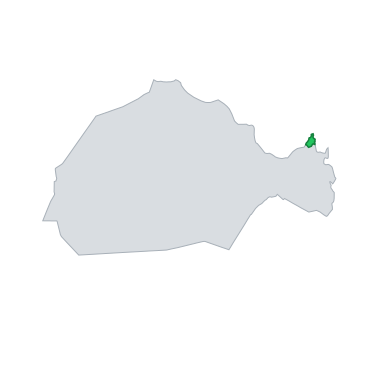 Gaya, Dosso, Niger (highlighted), rotated 212°
{"feature_id": "23599985B94426243670688", "entity_name": "Gaya", "entity_type": "district", "adm_level": 2, "iso_a3": "NER", "parent_name": "Niger", "parent_adm1": "Dosso", "projection": "natural_earth1", "projection_center": [3.47, 12.051], "detail": "fine", "context": "in_parent", "style": "filled", "palette": "green", "viewbox_px": 384, "rotation_deg": 212, "n_neighbors": 0, "source": "geoboundaries", "source_scale": "gbopen_adm2", "svg_char_len": 3740}
<svg xmlns="http://www.w3.org/2000/svg" viewBox="0 0 384 384"><g transform="rotate(212 192 192)"><path d="M283.9,266.9L280.9,267.0L279.3,267.6L277.1,269.4L274.8,270.2L271.9,271.8L270.1,273.1L268.4,274.2L266.0,276.7L265.3,278.6L262.9,279.0L259.6,278.7L257.5,276.7L252.6,274.7L249.4,273.9L248.0,273.6L240.6,273.3L232.6,274.1L228.6,275.0L227.9,275.2L225.6,276.5L223.7,277.8L218.6,284.0L211.8,283.8L207.8,283.2L204.4,282.2L199.6,279.3L193.6,274.8L191.3,274.2L189.3,273.9L188.6,273.9L181.6,278.4L180.2,278.3L178.5,278.8L177.4,279.9L176.6,280.4L175.8,280.5L174.7,280.3L173.6,279.6L172.5,278.4L169.6,273.4L168.9,272.6L167.7,271.1L165.6,268.9L164.2,267.8L163.3,267.5L162.3,267.7L156.6,265.8L150.9,263.7L149.7,264.0L148.8,264.4L146.8,265.9L144.5,266.2L141.6,266.1L140.0,265.9L137.4,266.4L135.7,267.0L133.4,268.0L130.5,270.8L129.6,271.2L128.9,271.6L127.9,279.4L127.1,281.7L125.7,284.7L122.7,287.7L120.7,289.4L120.7,291.8L120.5,295.7L120.5,298.4L120.6,300.1L120.3,301.0L120.1,301.7L120.3,302.9L120.7,303.4L121.0,304.1L120.8,304.7L119.9,305.4L118.8,303.7L117.5,302.4L116.0,301.9L115.0,301.0L114.5,299.7L112.6,297.3L108.1,292.5L107.6,292.4L106.9,292.2L105.6,292.8L104.9,293.6L104.3,293.9L103.5,293.9L101.4,294.5L99.7,295.3L99.6,296.0L100.5,299.6L100.1,301.6L99.3,300.6L96.9,297.0L95.2,294.3L94.9,293.7L94.6,292.7L94.8,292.3L95.5,292.0L97.0,291.7L97.3,291.4L97.4,290.7L97.2,289.3L96.3,287.4L95.4,286.1L94.9,285.9L94.0,285.9L93.0,286.0L91.1,287.6L90.3,287.8L88.3,287.7L86.6,287.4L85.5,286.6L82.4,283.6L78.9,280.4L77.4,279.9L77.1,279.6L76.9,277.2L76.9,274.2L77.1,273.4L78.6,273.9L80.1,274.1L80.6,273.6L79.4,272.5L77.6,271.5L77.0,269.8L76.5,269.3L75.7,268.7L74.8,268.4L73.8,268.0L73.2,267.5L72.2,267.3L71.1,266.9L69.5,264.3L68.0,261.8L67.1,259.8L66.8,258.6L67.3,256.5L66.8,255.7L65.1,253.7L63.7,251.7L64.1,248.7L64.4,246.2L64.4,244.7L64.6,243.8L64.8,242.8L65.7,242.5L68.1,242.5L72.8,242.9L76.6,242.4L76.8,242.3L79.4,239.7L82.3,236.9L86.7,236.6L91.5,236.3L95.2,236.2L100.7,235.9L105.1,235.8L110.1,235.5L110.3,234.3L110.6,233.9L111.1,233.9L114.9,234.6L118.4,235.2L118.6,232.8L121.7,229.8L123.5,229.2L123.9,228.6L124.5,227.6L124.8,226.0L125.0,224.9L125.6,223.9L126.1,222.2L126.7,219.2L128.4,216.0L129.4,211.7L129.6,207.6L129.8,204.4L130.3,203.8L130.3,198.2L130.2,192.5L130.2,187.8L130.2,181.8L130.2,176.6L130.2,171.0L130.1,165.9L130.1,162.6L133.7,161.8L137.3,160.9L142.7,159.7L148.5,158.4L154.8,157.0L156.2,156.1L161.0,151.3L163.1,149.1L167.4,144.7L170.7,141.3L174.8,137.1L179.3,132.8L182.8,129.3L188.3,125.4L196.6,119.6L204.9,113.7L213.3,107.8L221.5,102.0L229.8,96.1L238.1,90.2L246.4,84.3L254.6,78.5L263.0,80.7L271.0,82.8L279.1,85.0L281.0,86.1L285.3,90.3L290.9,95.7L291.1,95.8L291.4,95.8L296.6,92.6L303.3,88.5L305.3,99.6L306.9,109.2L307.1,115.2L307.2,116.8L307.7,117.9L309.0,119.0L314.3,127.8L313.2,129.3L314.0,132.0L315.4,133.2L319.7,138.4L320.3,139.5L320.1,140.3L317.2,146.4L316.8,148.0L316.3,155.8L316.0,161.3L315.6,169.0L315.1,178.1L314.7,185.7L314.1,195.9L313.6,205.5L309.4,210.7L301.9,220.1L295.8,227.7L292.8,232.8L286.9,242.7L284.3,249.2L282.2,252.5L281.1,254.0L282.1,258.7L283.9,266.9Z" fill="#d9dde1" stroke="#a8b0b8" stroke-width="1"/><path d="M113.0,297.4L113.3,298.0L114.7,299.3L114.4,299.9L115.3,301.1L115.4,301.7L115.6,302.0L116.8,301.9L117.0,302.0L117.5,302.0L118.1,302.3L118.8,303.1L118.9,303.8L119.3,303.9L119.4,304.1L119.1,304.5L119.3,304.8L119.8,305.0L120.2,305.5L121.3,304.2L121.3,303.8L120.5,302.7L120.4,302.5L120.4,300.9L121.3,300.1L121.3,299.5L120.8,298.8L120.6,297.4L120.7,295.4L121.0,294.5L120.8,292.6L120.3,292.3L119.9,292.6L118.4,292.2L117.9,291.9L116.7,291.7L115.8,293.0L115.0,294.1L115.1,294.9L115.1,295.6L115.0,296.2L115.0,296.7L114.6,297.2L113.6,297.2L113.0,297.4Z" fill="#22c55e" stroke="#15803d" stroke-width="1.5"/></g></svg>